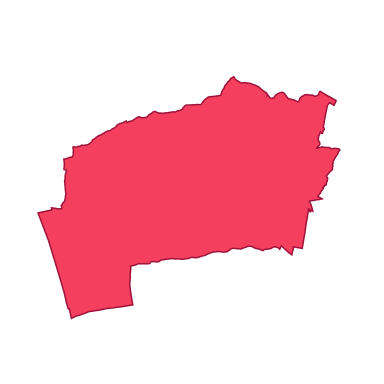 outline of Cernatesti, Buzau, Romania, rotated 82°
{"feature_id": "2599482B98470436425498", "entity_name": "Cernatesti", "entity_type": "district", "adm_level": 2, "iso_a3": "ROU", "parent_name": "Romania", "parent_adm1": "Buzau", "projection": "equal_earth", "projection_center": [26.764, 45.296], "detail": "fine", "context": "isolated", "style": "filled", "palette": "rose", "viewbox_px": 384, "rotation_deg": 82, "n_neighbors": 0, "source": "geoboundaries", "source_scale": "gbopen_adm2", "svg_char_len": 5933}
<svg xmlns="http://www.w3.org/2000/svg" viewBox="0 0 384 384"><g transform="rotate(82 192 192)"><path d="M300.4,328.9L299.5,326.5L298.9,324.5L297.8,317.6L296.0,310.2L296.2,307.3L296.1,305.9L296.0,299.3L296.1,298.9L295.9,297.8L295.6,294.2L295.8,279.5L295.8,275.2L295.6,269.5L295.6,266.3L291.6,266.5L283.7,266.7L275.9,266.6L274.1,266.4L272.8,266.2L269.6,265.3L267.3,264.8L265.8,264.8L263.0,264.2L259.8,263.3L256.6,263.1L256.7,260.7L256.4,258.1L256.0,256.5L255.6,255.3L256.2,250.9L256.2,250.4L256.8,247.4L257.0,244.6L256.9,244.2L256.8,243.9L256.5,243.4L255.4,242.4L255.2,242.0L256.4,235.9L256.4,235.5L256.4,234.6L255.3,232.4L255.1,231.7L255.0,228.2L255.1,224.9L255.1,221.5L256.1,217.1L256.3,214.6L256.8,213.2L257.3,210.7L257.3,205.0L257.4,204.6L257.4,204.2L256.8,202.8L256.7,202.1L256.7,201.2L256.8,200.6L257.6,197.6L257.7,196.7L257.6,196.3L257.6,194.9L256.9,191.3L256.6,187.9L255.5,185.0L255.4,183.8L254.9,182.1L254.5,179.8L254.5,177.4L254.6,176.1L254.5,174.1L254.9,173.0L255.0,172.1L255.7,170.3L256.0,168.4L256.1,165.8L256.0,165.4L254.8,162.9L254.1,161.9L253.8,161.8L253.6,161.6L253.5,159.0L254.3,155.5L254.7,154.3L254.6,153.7L255.3,151.4L254.7,149.5L254.4,147.5L254.0,145.5L253.9,145.2L253.6,144.8L253.6,143.8L253.9,141.3L254.4,140.1L255.7,138.4L256.5,137.2L257.0,136.0L257.4,134.3L258.9,131.9L259.2,131.0L259.8,130.4L259.9,130.1L259.8,129.7L259.1,128.9L259.0,127.2L259.1,123.1L259.1,122.2L258.8,121.5L258.5,121.0L258.2,119.8L257.7,118.7L257.6,118.2L257.7,117.8L258.0,117.3L258.3,116.3L259.3,114.4L259.8,113.8L260.9,113.1L259.1,112.0L257.8,111.0L264.0,105.8L265.0,105.1L268.1,101.9L265.3,100.9L263.5,100.0L261.8,99.4L260.4,99.3L263.2,90.7L252.7,87.4L248.4,85.9L241.3,84.0L234.6,81.8L227.5,79.7L225.0,78.7L225.4,78.3L226.1,78.2L226.8,78.3L226.8,78.6L227.0,78.6L227.5,78.0L228.6,77.5L227.3,77.4L226.6,76.8L226.6,76.6L226.8,76.4L227.5,75.8L227.7,75.4L227.3,75.6L227.2,75.2L227.5,75.0L224.3,75.4L220.6,76.0L217.5,77.2L217.4,77.1L217.2,76.5L217.4,74.2L217.2,73.4L217.3,71.7L217.0,70.6L217.2,67.6L217.1,66.4L216.9,65.7L217.0,64.8L216.9,64.1L213.9,68.0L212.0,66.2L211.1,65.4L211.2,65.1L210.8,65.0L210.7,65.1L206.3,61.1L205.9,61.7L204.6,60.8L204.8,60.5L204.6,59.8L203.2,58.8L203.6,58.1L203.3,58.0L202.6,57.9L202.2,57.7L201.7,57.7L200.6,57.3L200.5,56.9L200.1,56.5L198.9,56.4L197.5,55.6L194.9,56.7L191.4,52.9L189.4,49.8L187.2,49.5L186.4,49.1L185.8,48.9L184.4,49.0L183.5,48.4L181.8,48.1L180.9,47.7L179.4,46.5L178.1,45.6L174.6,42.5L174.0,42.0L172.9,41.6L172.5,41.3L171.5,40.1L170.9,39.8L170.4,39.8L170.1,40.1L169.6,40.9L169.2,42.1L168.6,44.6L168.6,45.7L168.8,47.3L167.2,49.8L166.8,50.7L166.8,51.6L166.1,54.9L165.7,56.2L165.3,56.9L165.6,57.8L165.9,62.4L165.0,61.6L164.6,60.8L163.7,59.9L163.4,59.4L162.7,58.8L162.1,58.7L160.6,58.7L159.9,59.2L158.5,59.5L157.2,59.7L157.0,59.9L156.6,59.8L156.0,59.2L155.4,58.9L154.5,59.0L153.4,58.1L152.4,57.5L150.3,56.5L151.6,55.8L152.0,55.3L152.0,54.5L151.8,54.3L149.8,53.7L149.0,52.7L148.4,52.3L147.9,52.4L146.9,52.4L146.5,52.7L145.5,52.9L144.2,52.3L133.2,48.8L125.4,45.9L124.4,45.2L122.7,43.5L125.9,39.3L122.2,36.8L121.4,36.6L114.0,46.4L110.1,51.1L110.7,51.9L112.3,52.6L113.5,53.6L113.7,54.0L113.9,54.5L114.3,56.3L114.3,56.8L114.1,57.5L113.1,58.6L112.6,60.4L112.3,62.3L111.6,64.7L111.4,65.4L111.4,66.4L111.5,66.8L112.8,70.1L113.7,71.6L114.5,72.2L116.7,73.4L117.2,74.0L117.4,74.5L117.3,74.9L115.9,76.8L115.3,77.6L114.3,80.2L113.8,81.2L113.0,83.5L112.0,84.2L110.3,85.2L107.4,86.7L106.7,87.2L105.8,88.9L105.8,89.5L105.9,91.2L106.9,94.0L107.6,95.4L108.6,96.7L109.9,97.5L110.0,98.4L110.5,99.5L110.1,101.1L109.4,101.8L106.6,103.3L107.1,103.8L107.2,104.1L106.3,103.8L106.0,103.7L105.7,103.8L104.3,104.4L102.0,107.1L100.8,108.3L97.4,111.1L96.6,112.1L94.9,114.7L93.7,117.2L92.7,119.0L92.1,120.6L92.0,121.7L91.4,122.9L91.1,124.0L91.0,125.1L91.0,127.1L90.9,128.1L88.2,131.5L87.1,132.8L86.3,133.5L85.2,134.0L83.7,134.5L85.0,138.0L86.6,139.2L87.0,139.7L88.0,141.3L88.8,141.9L89.6,142.7L91.0,144.4L93.0,145.5L94.1,146.3L95.0,147.2L96.3,148.2L100.3,150.2L100.4,157.7L100.2,159.8L100.2,162.6L101.6,165.3L102.7,167.0L103.9,168.3L104.7,169.1L105.2,169.3L106.2,170.3L106.6,171.3L106.7,171.8L106.3,173.5L106.1,175.1L105.6,181.7L105.2,184.5L105.2,186.1L105.2,186.3L106.3,187.9L107.1,188.7L107.1,188.9L108.2,189.6L108.6,190.1L109.4,191.7L109.7,194.8L109.9,196.1L110.5,197.4L110.0,199.6L110.0,201.6L110.2,205.5L110.0,207.0L110.0,209.9L109.2,213.8L108.7,214.9L107.7,216.6L107.5,216.8L107.1,217.3L107.0,218.1L107.2,219.0L107.5,219.8L108.2,220.7L108.9,222.2L109.7,224.1L110.5,225.0L111.4,225.8L111.6,226.5L111.7,230.2L111.5,231.2L110.0,234.4L110.2,235.1L110.9,236.7L113.2,241.4L113.4,244.5L114.2,246.5L112.4,247.4L113.0,248.5L113.3,249.4L113.8,250.3L113.9,251.0L114.2,253.6L114.9,256.0L115.2,256.7L115.5,257.2L115.8,257.5L116.8,258.1L117.1,258.6L117.4,259.1L118.1,261.2L118.3,261.5L118.4,262.1L118.9,263.1L119.9,264.5L120.0,265.2L119.8,266.2L119.8,266.7L120.6,269.3L121.7,271.8L122.1,272.6L122.5,273.9L123.0,274.9L123.2,276.3L123.6,277.4L124.9,279.9L126.0,281.4L126.2,282.7L126.5,283.2L126.7,283.5L127.6,283.7L128.2,284.2L130.0,287.0L130.5,288.4L130.8,289.7L130.7,290.9L130.8,292.6L130.3,294.8L131.1,296.8L131.0,298.9L131.4,299.8L131.4,300.5L130.8,302.7L131.0,303.7L132.2,303.6L134.4,303.7L138.7,304.5L139.5,304.8L140.4,305.5L140.5,305.8L140.7,306.3L140.7,307.9L141.0,309.8L141.4,311.2L141.7,313.5L141.7,314.0L141.6,314.3L145.5,314.5L146.9,314.4L147.8,314.9L148.3,315.0L149.4,315.0L150.7,315.4L152.0,315.6L152.1,315.2L152.2,314.8L152.7,313.5L153.1,313.4L154.4,313.8L157.5,315.1L159.4,315.6L161.0,315.7L163.2,316.6L175.0,317.2L175.4,317.0L176.3,317.0L179.3,318.2L180.2,318.2L183.3,319.4L183.8,320.0L184.4,320.4L184.5,320.9L184.7,321.4L186.5,322.3L186.8,322.9L186.8,323.3L190.3,323.1L190.1,327.0L189.9,327.6L189.3,329.0L188.1,333.4L190.2,333.1L191.3,347.4L220.3,340.8L255.4,335.3L273.7,332.6L281.9,331.9L282.4,332.0L290.6,330.8L290.6,329.8L290.7,329.7L299.7,329.1L300.4,328.9Z" fill="#f43f5e" stroke="#9f1239" stroke-width="1.5"/></g></svg>